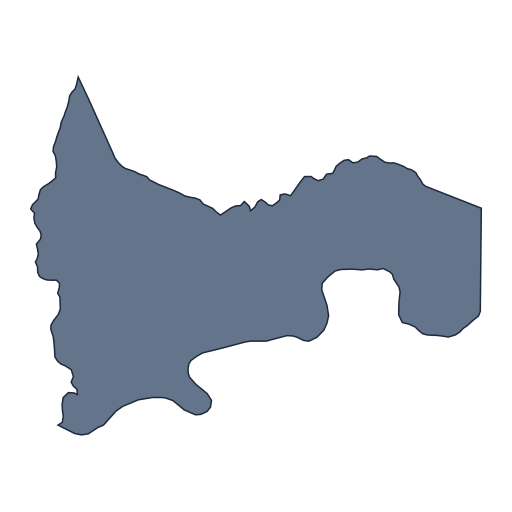 Cachoeira Dourada, Goiás, Brazil (orthographic projection)
{"feature_id": "56859067B56654290840077", "entity_name": "Cachoeira Dourada", "entity_type": "district", "adm_level": 2, "iso_a3": "BRA", "parent_name": "Brazil", "parent_adm1": "Goiás", "projection": "orthographic", "projection_center": [-49.637, -18.482], "detail": "fine", "context": "isolated", "style": "filled", "palette": "slate", "viewbox_px": 512, "rotation_deg": 0, "n_neighbors": 0, "source": "geoboundaries", "source_scale": "gbopen_adm2", "svg_char_len": 2909}
<svg xmlns="http://www.w3.org/2000/svg" viewBox="0 0 512 512"><path d="M402.3,322.5L409.1,324.2L415.1,326.9L418.9,330.7L422.8,333.8L427.1,334.9L431.9,335.3L435.8,335.3L441.2,335.9L448.5,337.0L455.4,334.9L459.8,332.0L463.3,328.3L467.5,325.4L473.2,320.2L478.5,316.0L480.3,311.3L481.3,208.2L425.3,186.2L422.5,183.7L420.6,180.0L418.0,176.6L415.7,172.5L411.1,169.6L407.3,168.7L404.0,166.6L398.8,164.5L393.7,162.8L389.9,163.1L384.8,162.2L380.4,159.2L376.5,156.4L369.6,156.0L366.4,158.0L362.3,158.8L357.7,162.1L352.8,162.8L348.6,159.7L344.1,160.3L340.1,163.0L336.1,166.4L334.6,169.9L332.6,173.4L326.5,174.2L323.2,179.1L318.2,180.7L314.4,178.9L311.0,176.5L304.5,176.6L299.4,183.2L295.0,189.5L290.6,195.7L284.9,193.9L280.2,194.9L279.7,200.0L276.2,203.1L272.5,205.7L268.5,205.1L265.4,202.2L261.2,199.5L257.8,201.7L254.8,207.2L250.5,210.7L249.3,206.3L244.3,201.5L240.5,205.6L235.8,205.9L230.9,208.0L225.4,211.8L220.4,215.1L216.3,212.0L212.7,208.4L207.7,206.1L203.2,204.0L199.9,199.9L194.9,198.0L190.8,197.4L185.0,196.0L179.1,192.8L173.4,190.3L168.4,188.3L164.1,186.6L158.3,184.4L154.2,182.2L149.5,179.9L146.8,176.7L143.1,175.3L139.4,174.1L134.4,171.5L129.2,169.7L125.3,168.5L121.9,166.2L118.5,162.8L115.0,158.1L112.6,152.5L88.7,99.3L78.2,77.1L76.4,85.0L75.0,89.0L72.0,92.1L69.6,95.9L68.9,100.6L67.3,106.9L65.3,112.1L64.1,115.9L61.2,122.3L60.2,127.8L58.6,131.9L57.0,136.3L55.3,142.2L53.6,146.3L53.0,151.3L55.4,155.9L56.3,161.6L56.7,167.0L55.5,173.2L55.7,177.8L52.7,180.5L48.5,183.7L43.6,186.6L40.4,189.7L39.0,194.3L38.1,199.0L35.1,202.2L32.5,204.7L30.7,209.0L34.5,213.1L33.9,217.9L34.9,223.3L37.3,227.5L40.1,231.2L41.2,235.2L40.3,239.3L36.4,244.1L37.5,248.9L38.3,254.0L37.2,258.6L35.4,262.1L37.5,266.7L37.7,272.5L39.6,276.5L42.7,278.5L46.6,279.9L50.4,280.2L56.4,280.2L59.5,283.3L59.4,287.1L57.7,293.3L59.9,297.1L60.1,302.9L60.3,308.9L58.3,314.5L53.6,320.5L51.0,325.2L50.8,329.2L53.2,336.5L54.0,343.1L54.6,350.9L54.9,356.9L57.7,361.3L60.9,364.0L65.5,366.0L71.2,369.6L73.4,376.5L71.2,382.1L73.2,385.9L76.9,389.2L77.4,394.4L73.8,392.9L68.3,392.6L63.1,397.7L62.1,404.9L62.5,410.9L63.3,416.2L62.3,422.3L58.0,425.1L74.6,433.5L81.5,434.9L88.4,433.8L97.9,427.5L103.5,425.1L116.0,411.1L122.8,406.3L138.4,399.8L152.4,397.5L161.5,397.5L165.3,397.9L173.0,400.6L184.2,409.9L195.5,414.8L200.8,414.4L207.0,411.5L210.5,407.1L211.5,400.4L207.2,393.6L195.9,384.4L189.6,377.3L188.2,373.1L188.0,369.0L188.8,364.2L190.8,360.6L196.9,356.1L202.9,352.8L219.0,348.9L245.5,341.9L250.5,341.1L260.3,341.1L266.3,341.1L282.3,336.8L287.2,335.6L293.1,336.0L297.1,337.3L303.6,340.4L308.9,341.2L316.9,337.3L323.8,330.2L326.9,323.3L328.6,315.8L327.0,305.4L321.7,289.7L322.2,283.3L327.7,277.1L335.1,271.0L340.8,269.5L352.1,269.1L361.8,269.9L369.1,269.0L377.4,269.8L383.0,268.5L389.6,271.7L392.4,274.4L393.8,279.2L396.6,283.4L398.9,286.9L400.1,291.9L399.5,297.3L398.9,303.5L398.7,314.8L402.3,322.5Z" fill="#64748b" stroke="#1e293b" stroke-width="1.5"/></svg>